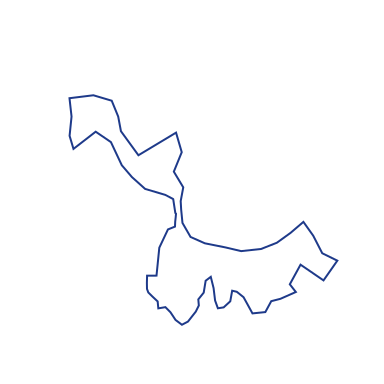 Pera Chorio, Nicosia, Cyprus, rotated 329°
{"feature_id": "46923920B47441185050524", "entity_name": "Pera Chorio", "entity_type": "district", "adm_level": 2, "iso_a3": "CYP", "parent_name": "Cyprus", "parent_adm1": "Nicosia", "projection": "equal_earth", "projection_center": [33.375, 35.031], "detail": "fine", "context": "isolated", "style": "outline", "palette": "blue", "viewbox_px": 384, "rotation_deg": 329, "n_neighbors": 0, "source": "geoboundaries", "source_scale": "gbopen_adm2", "svg_char_len": 1142}
<svg xmlns="http://www.w3.org/2000/svg" viewBox="0 0 384 384"><g transform="rotate(329 192 192)"><path d="M281.2,325.7L272.1,311.6L273.4,291.9L272.1,275.0L255.4,277.8L238.6,279.2L221.8,276.4L203.7,268.0L192.1,256.7L176.6,242.6L167.6,229.8L167.9,213.6L173.7,201.4L177.6,194.0L186.9,183.5L186.9,165.2L203.7,152.6L208.9,132.9L186.9,132.9L165.0,132.9L162.4,103.3L167.6,89.3L170.2,72.4L157.3,58.3L135.3,48.5L127.6,65.3L116.0,80.8L112.6,94.0L140.5,90.7L148.2,107.5L145.6,132.9L148.2,148.3L153.4,165.2L167.6,180.7L172.2,188.3L172.2,188.5L169.6,194.8L166.9,201.4L167.1,202.3L166.8,202.8L164.9,205.4L162.3,208.8L159.6,212.9L152.1,211.7L135.3,222.9L118.5,245.4L110.4,240.6L106.5,246.7L103.5,251.9L102.8,255.6L104.2,261.1L106.2,268.1L103.2,274.4L109.9,277.0L111.6,284.0L112.0,293.2L115.0,300.6L121.8,301.0L133.6,296.5L139.4,292.8L142.1,287.3L150.2,284.3L158.0,275.1L164.4,274.4L161.0,285.5L155.9,296.9L154.3,305.0L159.7,307.2L168.5,305.4L175.6,297.3L179.0,300.6L182.0,308.7L181.7,317.2L181.3,327.2L193.0,332.7L203.7,326.4L212.8,329.1L229.5,331.2L228.3,321.5L247.6,310.2L259.2,335.5L281.2,325.7Z" fill="none" stroke="#1e3a8a" stroke-width="2"/></g></svg>